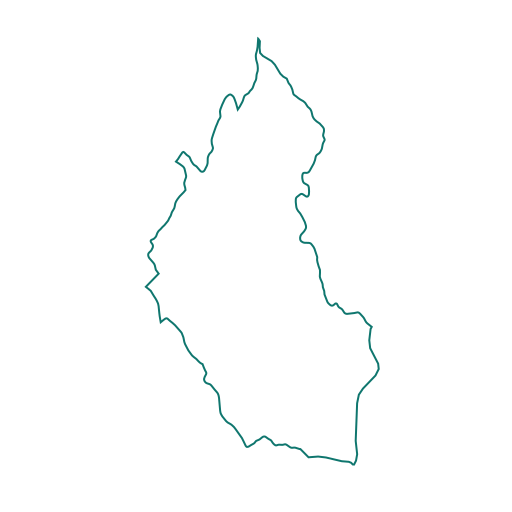 map outline of Jablanicki (Robinson projection), rotated 265°
{"feature_id": "SRB-843", "entity_name": "Jablanicki", "entity_type": "District", "adm_level": 1, "iso_a3": "SRB", "parent_name": "Republic of Serbia", "parent_adm1": "", "projection": "robinson", "projection_center": [22.002, 42.918], "detail": "fine", "context": "isolated", "style": "outline", "palette": "teal", "viewbox_px": 512, "rotation_deg": 265, "n_neighbors": 0, "source": "natural_earth", "source_scale": "10m", "svg_char_len": 6101}
<svg xmlns="http://www.w3.org/2000/svg" viewBox="0 0 512 512"><g transform="rotate(265 256 256)"><path d="M472.3,277.1L472.2,277.2L469.6,278.6L463.0,277.7L457.9,277.8L454.6,280.4L448.8,288.5L444.9,291.5L435.5,296.1L432.3,298.8L430.0,302.1L425.8,303.4L425.0,303.8L422.9,305.2L421.2,305.9L418.6,306.7L414.5,307.3L413.9,307.5L413.1,308.1L411.5,310.0L409.5,312.0L408.1,313.7L406.1,316.6L405.1,317.6L404.2,318.4L400.2,320.5L398.4,322.2L397.5,322.9L396.4,323.4L395.2,323.8L394.0,324.0L390.5,324.5L388.8,325.1L387.7,325.7L386.8,326.3L384.8,328.1L382.4,331.0L378.4,334.0L377.8,334.3L376.7,334.7L375.5,334.7L374.4,334.6L373.4,334.3L371.7,333.7L370.5,333.4L369.6,333.4L368.9,333.6L366.7,334.4L366.0,334.5L365.4,334.4L364.5,333.9L363.0,332.9L361.5,332.2L357.3,331.0L356.4,330.6L354.6,329.5L353.3,328.4L352.8,327.8L351.4,325.4L350.6,324.7L350.0,324.3L349.2,324.0L346.3,323.1L343.0,321.5L336.2,316.9L335.0,315.8L334.7,315.2L334.5,314.5L334.4,313.8L334.7,311.3L334.5,310.4L333.9,309.8L333.2,309.5L332.4,309.2L331.0,309.0L329.5,308.9L328.1,309.0L326.6,309.2L325.9,309.4L325.2,309.7L324.4,310.3L322.2,313.5L321.4,314.2L320.8,314.4L319.5,314.6L315.8,314.5L314.3,314.3L312.9,314.1L312.1,313.8L311.5,313.4L310.9,312.8L310.7,312.2L310.7,311.8L311.1,310.9L313.3,308.2L313.8,307.3L313.9,306.7L313.8,306.0L313.4,305.2L311.1,301.7L310.4,301.1L309.8,300.8L309.0,300.6L306.4,300.3L302.2,300.4L300.8,300.5L299.5,300.8L297.3,301.8L294.6,303.7L293.8,304.1L290.6,305.6L285.5,307.6L281.8,308.4L280.8,308.4L279.9,308.3L279.1,308.0L278.1,307.4L276.3,306.0L273.4,302.9L272.4,302.2L271.6,301.9L270.7,301.6L269.7,301.5L268.6,301.5L267.8,301.7L267.2,302.0L266.5,302.6L265.5,304.0L265.2,304.7L264.9,305.8L264.5,309.6L264.2,310.7L263.6,311.7L262.7,312.4L260.2,314.0L258.1,314.9L249.6,316.9L246.8,316.5L244.4,316.7L240.3,317.5L237.3,318.3L236.5,318.5L233.8,318.3L230.1,317.8L229.0,317.9L227.6,318.2L224.1,319.4L222.6,319.8L221.6,319.9L220.1,319.9L219.1,319.9L215.2,320.9L214.2,320.9L212.7,320.9L211.7,320.9L211.0,321.1L204.5,323.0L203.7,323.3L202.7,323.9L201.0,325.4L200.4,326.1L200.0,326.9L199.9,327.8L200.1,328.5L200.4,329.1L201.6,330.7L201.8,331.5L201.5,332.2L201.0,332.6L198.7,333.5L198.1,333.9L197.4,334.5L196.3,336.1L195.5,337.0L194.6,337.6L192.1,338.9L191.5,339.3L191.1,339.8L190.6,340.7L190.4,341.8L190.5,345.2L190.6,348.8L191.0,352.3L190.8,353.0L190.5,353.6L189.4,354.7L185.7,357.5L184.5,358.2L181.4,359.5L180.3,360.1L179.2,361.0L175.3,365.1L173.3,363.8L162.2,361.5L154.2,361.7L138.1,368.3L132.7,368.4L126.5,364.6L114.6,351.0L108.9,346.4L100.5,343.9L63.1,339.2L49.7,339.5L43.4,337.8L39.7,335.5L39.9,334.2L41.7,332.8L42.9,330.5L44.1,323.5L49.2,308.1L50.8,300.4L50.9,290.8L59.8,283.4L59.9,282.6L61.6,278.5L61.8,277.5L61.8,275.1L62.0,274.3L62.6,273.2L65.2,270.1L65.8,269.1L65.9,268.2L65.6,266.4L65.6,265.5L66.0,262.7L66.0,261.8L65.6,260.0L65.6,259.4L65.8,258.8L66.4,258.0L67.5,257.0L68.7,256.2L70.4,255.3L71.0,254.9L71.5,254.3L72.5,252.8L73.1,252.0L75.0,249.8L75.3,249.3L75.5,248.4L75.4,247.5L75.0,246.6L73.1,243.8L72.7,242.9L71.9,240.4L71.6,239.8L69.8,238.1L69.3,237.3L68.1,234.6L66.9,232.3L66.6,231.3L66.6,230.6L66.7,230.1L67.2,229.6L67.8,229.2L72.6,227.4L75.9,226.1L85.6,220.4L87.6,219.1L89.7,217.2L90.6,216.2L92.6,213.3L93.4,212.5L94.3,211.7L98.2,209.1L99.1,208.5L100.8,207.7L102.3,207.1L103.7,206.9L105.2,206.8L117.6,206.8L119.1,206.7L120.6,206.5L122.3,206.0L123.4,205.4L126.7,203.0L129.9,200.9L131.2,200.0L131.8,199.4L132.3,198.8L133.4,196.2L133.8,195.5L134.3,194.9L134.9,194.4L136.2,193.7L136.9,193.6L137.9,193.5L138.5,193.7L140.1,194.4L142.6,196.0L143.2,196.2L143.7,196.3L144.3,196.2L145.0,196.0L146.5,195.3L149.5,194.3L153.0,193.3L153.5,192.3L154.8,190.7L156.4,189.3L158.6,187.6L160.9,185.1L162.4,183.7L163.5,183.0L167.8,180.4L172.1,178.6L174.6,177.6L176.6,177.1L180.3,176.7L181.6,176.5L185.7,175.3L186.9,174.6L194.0,169.4L196.5,167.1L198.9,164.6L201.4,162.3L201.7,161.4L201.7,160.9L201.4,160.0L200.3,158.2L198.3,155.3L204.5,154.8L207.4,154.7L214.5,154.6L217.1,154.3L219.7,153.4L222.2,152.3L225.2,150.7L230.5,148.1L234.9,143.6L246.9,157.5L251.0,155.0L253.9,154.6L255.4,154.4L256.7,154.0L257.8,153.4L258.7,152.8L262.8,149.8L263.8,149.2L265.5,148.7L266.5,148.7L267.2,148.8L267.9,149.1L268.7,149.8L270.3,151.8L270.9,152.3L272.5,153.3L273.3,153.8L274.2,154.1L275.3,154.2L276.0,154.1L276.8,153.8L278.7,152.7L279.6,152.4L280.2,152.4L280.6,152.6L281.1,153.1L282.0,155.7L282.9,156.8L283.7,157.7L284.7,158.4L287.3,159.6L288.2,160.2L289.0,160.8L289.7,161.5L291.1,163.3L292.9,165.2L294.8,167.6L298.2,170.9L299.0,171.6L301.4,173.0L303.3,174.4L304.1,174.8L306.7,175.9L307.5,176.4L309.4,177.8L310.7,178.7L312.3,179.3L315.5,180.2L316.3,180.6L317.4,181.2L319.4,182.7L321.4,184.5L322.3,185.4L325.7,189.4L327.8,191.5L330.1,191.4L332.8,190.9L334.0,190.8L335.2,190.9L337.8,191.9L339.7,192.8L340.7,193.2L341.8,193.4L342.9,193.3L349.1,192.4L349.9,192.1L350.7,191.7L351.7,190.9L354.2,188.1L357.0,184.5L359.4,186.8L361.7,188.5L365.5,191.6L365.9,192.3L366.0,192.7L365.8,193.1L365.4,193.6L362.8,195.7L361.1,197.7L360.3,198.4L359.6,198.7L356.8,199.6L355.8,200.0L353.3,201.3L352.7,201.8L351.9,202.5L351.1,203.7L350.3,204.6L345.3,208.2L344.8,209.0L344.6,209.8L344.7,210.7L345.2,211.6L346.0,212.3L350.0,214.8L351.0,215.3L352.8,215.9L357.3,216.4L358.6,216.7L360.1,217.4L361.1,218.0L362.0,218.7L363.7,220.7L365.0,221.6L366.0,222.1L367.0,222.5L368.0,222.5L371.6,221.8L373.1,221.8L374.5,221.8L375.9,222.0L377.4,222.5L381.0,224.0L388.3,227.3L391.1,228.8L394.3,230.4L396.4,232.0L397.3,232.5L398.3,232.8L402.0,232.7L403.1,232.7L404.2,233.0L405.2,233.3L409.7,235.5L414.9,238.5L416.7,240.0L417.7,241.2L418.8,242.9L419.1,243.8L419.1,244.7L418.6,245.5L417.9,246.3L417.0,247.1L416.0,247.7L414.2,248.3L410.0,249.4L403.5,250.6L406.3,252.9L410.2,255.5L411.2,256.1L412.4,256.7L414.7,257.6L416.1,258.3L416.6,258.7L417.2,259.4L418.5,262.1L419.0,262.9L420.9,264.4L422.3,266.1L423.7,267.3L425.8,268.3L428.4,269.4L431.1,271.1L432.7,271.7L436.1,272.3L437.2,272.6L440.2,273.8L441.5,274.0L442.9,274.2L445.7,274.2L447.1,274.1L451.4,273.3L454.3,273.2L455.8,273.3L457.2,273.6L460.1,274.7L461.5,275.1L464.2,275.8L472.3,277.1Z" fill="none" stroke="#0f766e" stroke-width="2"/></g></svg>